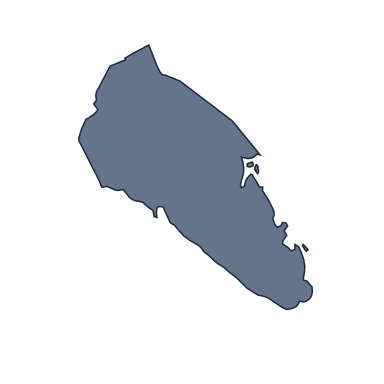 Ngerbeched, Palau, rotated 332°
{"feature_id": "81905179B6044255110216", "entity_name": "Ngerbeched", "entity_type": "district", "adm_level": 2, "iso_a3": "PLW", "parent_name": "Palau", "parent_adm1": "", "projection": "equal_earth", "projection_center": [134.477, 7.335], "detail": "fine", "context": "isolated", "style": "filled", "palette": "slate", "viewbox_px": 384, "rotation_deg": 332, "n_neighbors": 0, "source": "geoboundaries", "source_scale": "gbopen_adm2", "svg_char_len": 2203}
<svg xmlns="http://www.w3.org/2000/svg" viewBox="0 0 384 384"><g transform="rotate(332 192 192)"><path d="M114.5,145.2L115.4,145.8L119.5,147.1L125.1,154.2L127.4,155.9L132.4,157.5L134.2,167.4L135.7,170.4L137.4,172.7L143.5,177.7L145.3,182.5L146.6,185.8L148.9,189.8L147.0,195.8L149.0,198.0L150.8,193.6L154.1,189.1L156.8,189.7L159.5,191.6L158.3,208.8L161.0,213.5L162.9,222.2L164.1,226.7L167.1,233.2L172.3,241.6L173.7,244.9L174.7,250.9L177.2,256.4L179.5,263.7L181.2,267.5L184.6,273.3L187.4,280.7L191.1,288.7L195.4,302.6L197.8,307.1L201.8,313.9L207.1,318.4L209.4,321.3L211.8,325.7L215.9,333.4L218.4,337.6L219.8,339.4L220.4,340.1L225.1,341.7L225.4,341.7L230.2,342.1L232.8,341.0L235.8,338.9L237.7,340.5L239.3,341.7L242.0,342.0L244.9,341.7L247.1,340.8L247.3,340.7L249.7,338.8L251.7,336.1L253.5,332.0L252.4,328.8L251.7,324.7L249.0,321.9L250.6,319.4L253.7,315.5L256.8,310.4L258.9,304.1L259.9,297.8L260.5,290.6L258.3,286.6L255.9,291.0L251.8,290.4L250.8,286.2L247.6,280.4L249.4,277.8L255.4,274.6L255.1,269.4L260.4,267.1L260.5,263.6L257.7,261.3L254.7,263.5L250.5,263.0L250.0,259.5L250.9,253.0L253.1,251.7L255.1,248.1L255.5,244.0L255.7,237.8L255.6,232.0L254.8,224.1L256.7,220.9L253.9,219.2L253.8,213.5L253.3,207.9L253.5,205.3L252.3,203.9L247.6,205.5L244.9,207.1L240.7,211.6L237.5,211.4L238.3,208.1L246.2,199.7L249.3,194.2L250.6,190.7L252.1,184.5L256.9,188.6L260.1,190.0L263.7,190.0L267.2,189.1L269.5,191.2L268.9,187.8L261.0,148.3L233.5,88.5L223.5,76.5L220.8,74.6L220.1,70.6L220.3,63.8L222.9,41.9L205.4,41.9L195.6,42.3L195.6,44.1L178.9,42.3L158.7,56.1L154.8,58.6L152.3,61.7L150.8,66.1L146.5,68.0L147.6,75.3L140.8,77.7L138.0,77.6L135.8,78.2L132.6,78.0L124.4,84.2L117.3,91.2L116.2,93.8L115.4,139.2L114.5,145.2ZM252.8,195.0L253.3,196.0L254.4,196.8L256.3,197.5L257.8,197.6L258.7,196.9L259.2,195.6L259.4,194.5L259.0,193.7L257.3,193.4L255.9,193.2L254.2,193.0L253.3,194.2L252.8,195.0ZM261.7,201.7L262.3,200.1L261.6,198.0L259.7,199.2L258.1,201.0L258.1,204.8L258.1,205.1L258.6,206.7L259.1,206.3L259.9,205.8L260.7,204.4L261.0,202.6L261.7,201.7ZM265.2,298.0L267.3,297.6L266.9,295.2L266.2,292.6L265.5,290.5L264.3,291.4L264.5,294.7L264.6,295.9L264.8,296.7L265.2,298.0Z" fill="#64748b" stroke="#1e293b" stroke-width="1.5"/></g></svg>